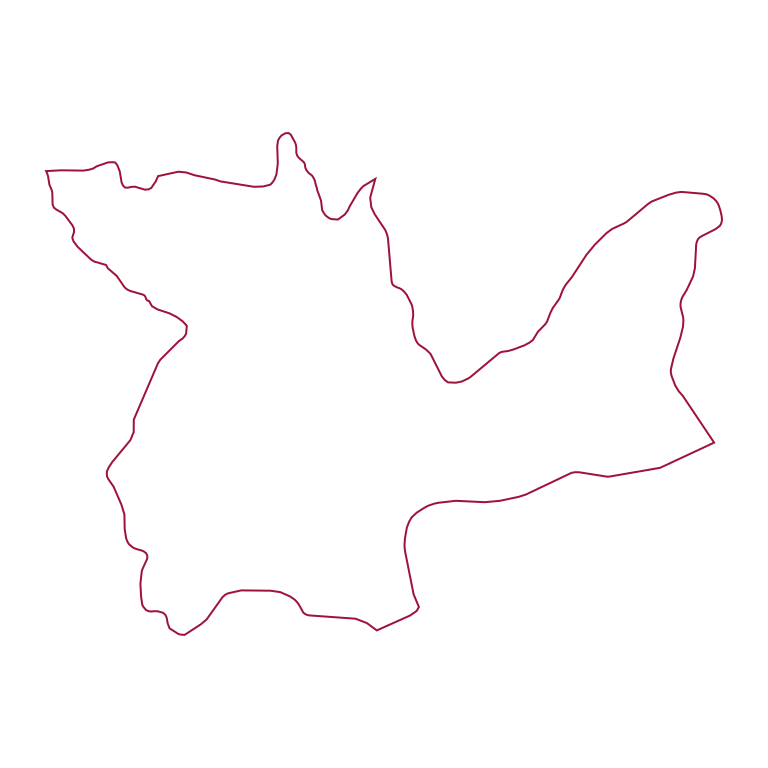 the border of Huánuco
{"feature_id": "PER-579", "entity_name": "Huánuco", "entity_type": "Department", "adm_level": 1, "iso_a3": "PER", "parent_name": "Peru", "parent_adm1": "", "projection": "albers", "projection_center": [-76.085, -9.412], "detail": "fine", "context": "isolated", "style": "outline", "palette": "rose", "viewbox_px": 768, "rotation_deg": 0, "n_neighbors": 0, "source": "natural_earth", "source_scale": "10m", "svg_char_len": 3894}
<svg xmlns="http://www.w3.org/2000/svg" viewBox="0 0 768 768"><path d="M681.5,191.9L703.5,193.8L706.4,194.3L708.9,195.3L713.0,197.9L714.8,199.5L716.4,201.3L717.7,203.3L718.8,205.5L720.4,210.6L721.6,215.8L721.9,218.5L721.9,220.8L721.2,223.6L719.8,225.9L715.4,229.2L701.8,236.1L699.5,237.5L697.9,239.3L696.9,241.6L696.2,244.3L694.9,268.2L693.1,276.4L686.7,290.0L682.8,296.3L681.7,298.7L680.9,301.3L680.5,304.2L680.6,307.1L683.2,317.6L683.4,320.6L683.0,326.7L680.3,337.8L673.5,358.2L671.0,368.8L670.8,370.8L670.9,372.9L671.6,376.0L675.2,385.4L678.7,391.2L682.9,396.0L714.1,442.6L660.1,467.8L609.3,476.6L607.3,476.7L579.4,472.3L575.1,472.2L571.6,472.8L525.7,494.6L518.8,496.8L500.0,500.8L484.8,502.2L455.7,500.8L438.2,502.8L434.1,503.7L428.0,505.8L424.3,507.8L416.8,512.6L411.7,517.3L409.2,521.6L406.9,527.4L404.9,538.8L404.5,545.2L404.9,550.5L413.6,594.3L418.9,607.0L416.7,610.9L410.1,615.5L376.8,630.4L366.9,623.1L355.5,618.7L309.2,615.4L307.2,615.0L304.9,613.9L303.3,612.6L300.4,607.3L298.4,603.8L295.5,600.4L293.7,598.9L289.6,596.2L280.2,592.1L270.3,590.7L241.2,590.4L227.8,593.4L225.0,594.9L222.4,597.3L206.8,619.2L201.0,624.2L184.6,634.9L180.1,634.5L178.6,634.1L169.6,628.4L167.7,623.4L166.7,617.8L165.5,615.0L163.1,612.8L157.9,611.3L154.4,611.2L151.2,611.5L148.5,611.2L146.0,610.0L143.5,607.0L142.3,604.8L141.1,596.8L140.4,583.7L141.7,571.8L142.4,569.2L146.7,559.9L147.4,557.6L147.2,555.4L146.1,553.2L143.3,551.1L140.3,550.1L137.3,549.3L134.7,548.4L132.6,547.3L128.9,544.1L127.4,541.6L126.1,538.2L124.7,529.1L124.4,514.4L121.4,504.6L113.6,486.7L108.3,479.1L107.0,476.3L106.8,474.1L106.9,471.3L108.9,467.1L112.2,462.1L130.4,440.1L133.7,432.1L133.8,419.6L157.9,363.4L160.3,359.7L178.8,341.2L182.7,338.4L184.6,336.3L186.1,333.7L186.8,325.8L183.0,321.6L176.7,317.0L169.6,313.4L157.5,309.4L152.0,306.2L149.1,301.1L147.0,300.3L146.1,298.9L145.6,297.2L144.6,295.6L143.2,294.7L130.4,291.0L127.2,289.5L124.6,287.3L116.7,275.9L107.8,268.3L106.1,265.0L94.4,261.6L91.2,259.7L77.8,247.0L73.7,241.7L72.3,237.9L73.0,235.0L74.1,232.1L73.9,228.4L72.4,225.3L65.2,215.7L62.7,213.2L56.5,209.7L54.0,207.7L52.6,204.6L52.3,192.7L51.9,190.6L49.4,184.6L48.1,176.5L47.3,173.8L46.1,171.1L61.2,170.3L83.5,170.6L89.1,169.7L93.2,168.5L96.7,166.3L108.1,162.4L112.3,162.2L114.9,162.4L115.8,163.3L117.2,165.0L119.7,171.2L121.6,182.5L122.9,185.4L124.9,187.5L127.9,187.7L131.0,186.9L134.9,186.7L145.0,189.7L148.7,189.3L151.3,187.9L155.7,181.5L158.1,176.1L178.5,171.7L186.3,172.5L194.4,175.2L214.9,179.5L220.5,181.4L254.0,186.8L263.0,186.5L270.3,184.7L272.5,182.4L274.3,179.8L276.4,174.6L277.8,163.5L277.2,145.9L278.1,140.4L279.5,137.8L281.7,135.3L285.5,133.2L288.7,133.1L290.8,134.7L295.0,142.3L295.9,144.8L296.3,147.3L296.3,152.6L297.0,155.2L298.4,157.4L303.5,161.9L304.1,162.6L304.7,163.8L305.4,167.9L306.6,170.4L308.6,172.9L312.0,175.5L313.6,178.0L314.8,180.5L315.9,185.2L316.7,187.5L317.2,190.0L321.0,200.5L322.2,210.2L323.7,212.8L325.6,215.5L328.9,218.0L331.5,219.1L338.0,219.5L344.8,214.5L347.8,210.5L349.6,206.5L357.7,192.7L361.1,188.4L363.5,186.0L375.3,178.9L370.2,197.6L371.3,207.2L374.7,214.2L385.3,230.1L387.1,234.6L388.0,238.7L391.6,281.1L392.1,283.2L392.6,284.4L393.9,285.7L395.1,286.4L397.1,287.4L399.4,288.2L401.7,289.4L404.1,291.6L406.6,294.6L411.3,303.8L412.2,306.2L413.0,311.3L413.2,314.3L413.0,317.3L412.5,320.1L412.3,323.8L412.7,328.1L414.5,336.3L416.0,340.5L417.8,343.5L419.5,345.1L425.7,349.3L429.3,352.6L430.8,354.4L442.0,376.7L444.9,380.1L448.1,382.4L456.0,382.7L461.8,381.5L467.8,378.7L470.2,377.2L499.1,353.1L501.6,351.9L508.1,351.0L513.4,349.5L524.5,345.3L529.5,342.6L532.8,340.1L537.9,331.8L545.3,324.2L547.0,321.7L550.6,312.3L552.9,307.8L558.6,299.9L559.8,297.8L562.6,290.3L564.1,287.5L566.0,284.4L571.8,277.2L586.4,254.9L594.7,244.8L606.5,233.1L612.2,228.9L624.5,223.2L626.9,221.7L648.0,204.0L651.7,201.5L668.9,194.7L676.1,192.6L681.5,191.9Z" fill="none" stroke="#9f1239" stroke-width="2"/></svg>